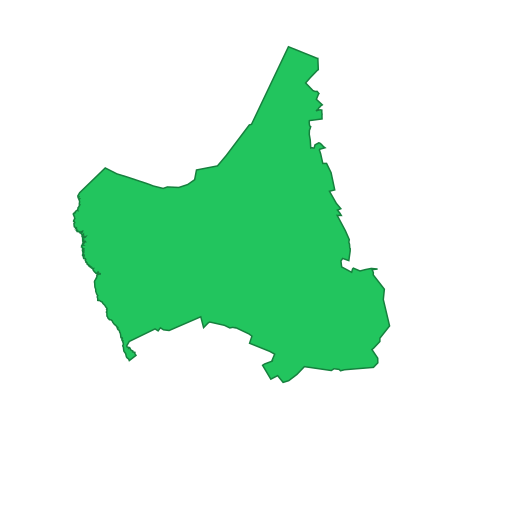 the district of Arriaga, Chiapas, Mexico, rotated 55°
{"feature_id": "50627088B65202645179540", "entity_name": "Arriaga", "entity_type": "district", "adm_level": 2, "iso_a3": "MEX", "parent_name": "Mexico", "parent_adm1": "Chiapas", "projection": "natural_earth1", "projection_center": [-94.031, 16.255], "detail": "fine", "context": "isolated", "style": "filled", "palette": "green", "viewbox_px": 512, "rotation_deg": 55, "n_neighbors": 0, "source": "geoboundaries", "source_scale": "gbopen_adm2", "svg_char_len": 6129}
<svg xmlns="http://www.w3.org/2000/svg" viewBox="0 0 512 512"><g transform="rotate(55 256 256)"><path d="M374.4,279.8L393.0,260.0L393.1,256.8L396.6,252.9L398.5,252.6L399.9,248.8L414.6,223.7L413.4,217.5L409.5,214.9L399.1,214.7L399.0,212.7L397.1,203.6L394.4,201.7L389.9,186.7L364.7,176.7L356.8,169.9L338.7,170.8L336.9,169.4L333.8,168.7L336.4,163.9L332.3,168.7L329.9,174.1L327.9,179.4L321.8,183.2L322.0,184.3L324.2,187.0L314.1,192.1L308.8,189.3L307.7,186.4L313.0,182.6L306.0,176.1L304.0,174.6L303.2,174.6L300.1,172.7L297.9,172.0L296.1,170.2L286.6,168.3L269.3,166.2L271.7,162.9L268.6,162.7L265.1,163.0L265.9,159.4L258.9,160.0L245.1,158.7L247.0,153.6L230.8,146.7L220.6,145.1L218.5,148.2L209.3,144.4L205.6,143.3L205.1,142.7L206.9,137.4L205.1,138.0L202.0,138.4L200.3,138.9L199.3,139.6L198.8,143.9L200.9,146.5L200.5,147.1L199.3,148.1L198.9,149.2L192.2,145.1L186.9,142.6L183.6,140.1L183.1,139.2L181.4,137.0L180.5,137.4L179.4,137.1L176.9,135.7L175.7,134.6L181.6,123.3L178.9,121.5L177.8,120.6L175.9,119.6L174.2,118.4L172.9,119.8L171.5,123.6L171.3,120.7L170.6,119.4L170.6,118.2L170.2,117.2L170.2,115.0L162.3,116.7L159.2,111.9L159.1,111.3L156.2,111.5L155.1,113.2L153.1,114.5L142.7,116.1L141.0,109.1L139.1,99.4L139.1,98.1L129.6,92.0L129.2,92.5L103.2,109.4L145.6,184.2L144.8,186.3L156.6,222.7L160.1,235.9L151.4,255.4L158.3,262.5L158.3,270.9L155.6,279.9L148.6,289.0L147.4,293.3L139.7,300.0L135.8,302.6L117.7,316.0L109.0,322.8L97.4,329.0L103.0,364.1L104.6,367.5L106.1,368.2L106.2,367.7L106.4,368.1L107.3,368.1L107.9,368.5L108.1,368.0L108.3,368.5L110.5,369.4L111.5,370.5L112.3,371.0L112.6,370.9L112.8,371.3L113.1,371.1L113.2,371.5L113.6,371.8L114.5,374.3L115.1,374.6L115.8,375.8L116.4,375.9L116.0,376.2L115.9,377.6L116.1,378.7L116.5,379.0L116.5,379.6L116.8,379.5L116.5,380.8L116.7,381.4L117.0,381.3L117.1,381.7L117.5,381.9L118.2,381.9L118.9,382.2L119.8,382.2L121.2,383.1L121.5,383.0L122.3,384.9L122.8,385.5L123.1,385.5L123.2,385.1L124.6,385.2L125.0,385.8L124.9,386.4L125.5,386.7L125.9,387.1L127.3,387.8L127.3,387.7L128.4,387.9L129.6,387.6L129.8,387.8L129.8,387.6L130.1,387.5L130.1,387.1L130.8,387.6L131.1,387.5L131.4,387.2L131.4,386.9L131.5,387.7L131.4,387.8L131.9,388.5L132.5,388.4L132.5,388.1L133.0,388.3L133.0,387.7L133.3,387.6L133.5,388.0L133.7,387.8L134.0,387.9L135.1,386.6L135.4,386.7L135.3,386.4L135.9,386.5L135.9,386.1L136.3,385.8L136.2,385.4L135.9,385.1L135.9,384.7L136.1,385.1L136.5,385.2L136.2,384.6L136.3,384.3L136.1,384.0L136.2,383.8L136.6,384.4L136.4,384.8L136.7,385.0L136.4,385.6L136.5,386.5L137.2,386.5L137.5,386.2L138.6,386.3L139.0,386.0L139.1,385.5L139.5,385.3L139.4,385.0L139.7,385.2L139.6,385.7L139.5,385.9L139.2,385.9L139.2,386.4L139.9,387.2L140.9,387.2L141.3,387.5L141.5,387.3L141.5,387.0L140.9,386.6L141.2,386.5L141.3,385.6L142.3,385.8L142.5,384.5L142.7,385.0L142.5,385.5L142.6,386.0L141.8,386.5L142.0,387.1L141.8,387.7L142.6,388.2L142.9,388.1L142.8,388.3L143.1,388.6L144.0,389.0L144.4,388.6L144.5,388.8L144.8,388.7L144.9,388.4L145.9,388.3L146.0,387.5L146.5,387.5L145.8,388.5L145.2,388.4L145.2,388.9L144.7,389.5L145.4,389.7L146.2,390.4L146.3,389.6L146.6,389.0L146.8,389.5L146.7,390.0L146.5,389.8L146.3,390.0L146.5,390.9L146.8,390.9L147.0,390.5L147.0,391.4L147.3,391.4L147.6,391.7L147.8,391.6L147.7,391.2L148.2,391.0L147.8,391.8L147.3,391.7L147.2,391.9L147.7,393.1L148.1,393.2L148.5,393.7L148.8,393.4L149.5,393.4L150.8,394.0L150.8,393.6L151.2,393.5L151.0,393.1L151.3,392.8L151.7,393.2L151.3,393.1L151.3,393.4L151.8,393.6L151.5,393.8L151.0,393.7L150.9,394.1L152.0,395.1L152.5,395.1L153.2,395.6L153.9,395.6L153.9,395.3L153.7,395.4L154.0,395.2L153.9,394.8L154.5,395.3L154.2,395.8L154.4,396.2L155.1,396.5L155.7,397.6L156.2,397.8L156.9,397.6L157.3,397.2L157.1,396.6L156.5,396.3L157.3,396.0L157.0,396.3L157.4,397.0L157.7,397.2L157.7,397.4L157.4,397.6L157.4,397.8L159.0,398.5L159.5,398.4L159.6,397.7L160.2,397.3L161.2,397.5L161.2,398.0L161.8,398.4L162.1,398.2L162.1,397.8L162.2,398.4L163.1,398.5L163.4,398.6L163.5,397.7L163.6,398.8L164.0,398.7L164.0,398.4L164.8,398.4L165.6,398.9L165.8,398.7L166.1,398.9L166.6,398.7L167.1,398.2L167.5,398.6L168.3,398.6L168.7,398.5L168.6,397.9L169.0,397.8L169.3,397.7L169.0,398.1L169.4,398.2L170.0,398.1L170.1,397.8L171.6,397.7L172.2,396.8L172.6,397.0L173.1,396.9L173.2,396.6L173.5,397.3L174.6,397.5L175.1,397.4L175.8,397.5L176.1,397.3L177.0,397.3L177.5,397.0L178.3,397.1L178.8,396.7L178.8,396.0L179.0,395.8L178.7,395.4L178.9,395.1L178.5,394.5L179.0,394.4L179.2,395.3L179.2,395.9L179.4,396.4L179.6,396.5L179.6,396.3L180.4,395.7L180.8,394.8L180.9,393.8L181.1,393.7L181.3,393.9L181.0,394.0L181.0,394.9L180.6,396.0L180.3,396.3L180.3,396.8L180.8,397.7L181.7,398.1L182.1,399.1L182.7,399.5L182.7,400.0L183.5,401.5L183.7,402.2L184.6,403.3L185.0,403.3L189.1,405.8L191.1,406.3L193.0,407.5L195.8,408.3L197.8,408.4L197.9,408.9L198.5,409.6L200.0,410.0L201.6,411.1L202.2,410.5L202.5,409.8L204.8,408.9L205.4,408.4L207.1,408.6L209.7,408.1L211.4,408.3L213.4,408.1L213.8,408.3L214.0,409.0L214.6,409.0L216.0,410.1L216.0,410.6L216.2,410.8L217.1,410.8L219.8,412.6L220.6,412.5L222.3,412.9L223.4,412.5L223.8,412.7L224.1,412.6L225.0,411.5L226.3,411.0L228.0,411.3L230.2,411.3L231.7,411.0L231.9,410.8L232.7,410.6L234.7,410.7L235.0,410.2L235.5,410.2L235.8,410.5L235.7,411.0L236.2,411.2L237.4,411.2L238.4,410.7L239.0,410.8L239.9,411.3L241.1,411.4L242.7,412.0L245.0,413.3L245.7,413.4L246.1,412.6L246.8,412.7L247.2,413.6L248.1,414.1L248.6,414.1L248.6,413.8L249.0,413.6L249.8,414.4L250.6,414.5L252.2,415.2L253.1,416.7L255.1,417.1L255.9,417.7L258.2,418.8L261.2,418.8L264.3,420.0L265.5,420.0L267.4,419.4L269.0,419.8L268.6,411.3L266.1,411.2L265.5,410.5L263.8,412.0L263.2,411.4L261.3,412.4L258.8,412.1L258.6,413.3L258.2,412.9L257.8,413.0L257.7,412.8L256.8,413.7L256.0,413.7L255.3,413.2L253.3,408.8L257.8,380.5L261.2,379.1L260.0,375.5L263.4,374.1L267.2,369.9L274.1,336.1L284.6,340.0L283.4,333.6L283.5,331.8L294.7,321.6L299.9,318.7L301.1,316.0L303.0,314.2L302.8,314.0L303.2,313.6L315.9,306.4L319.3,305.3L323.8,311.3L342.1,299.4L347.1,297.0L350.9,303.0L351.2,302.7L351.4,303.0L349.4,310.8L349.3,313.3L365.4,314.5L366.4,306.9L375.1,306.3L376.9,300.7L376.5,290.5L374.4,279.8Z" fill="#22c55e" stroke="#15803d" stroke-width="1.5"/></g></svg>